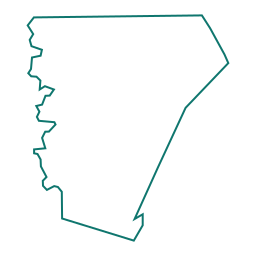 Burnet, Texas, United States of America (Mercator projection)
{"feature_id": "52423323B41129730997096", "entity_name": "Burnet", "entity_type": "district", "adm_level": 2, "iso_a3": "USA", "parent_name": "United States of America", "parent_adm1": "Texas", "projection": "mercator", "projection_center": [-98.33, 30.731], "detail": "fine", "context": "isolated", "style": "outline", "palette": "teal", "viewbox_px": 256, "rotation_deg": 0, "n_neighbors": 0, "source": "geoboundaries", "source_scale": "gbopen_adm2", "svg_char_len": 699}
<svg xmlns="http://www.w3.org/2000/svg" viewBox="0 0 256 256"><path d="M133.8,240.6L142.7,225.3L142.7,214.3L134.6,219.0L157.9,167.5L185.6,107.8L228.3,63.1L224.5,54.5L210.1,28.2L201.9,15.4L33.9,17.4L27.7,25.4L33.2,34.1L29.7,39.9L31.5,46.2L41.9,49.8L40.6,55.7L32.0,57.5L31.0,69.0L28.3,73.2L31.2,76.3L36.5,76.7L40.4,80.6L39.7,89.5L44.9,86.2L53.9,89.5L49.7,95.6L45.5,95.8L42.1,104.6L36.3,106.0L39.4,111.7L36.9,116.9L38.9,120.8L54.4,122.2L55.5,124.5L48.9,131.6L45.2,131.7L42.1,137.9L45.3,148.3L34.1,149.4L34.1,153.3L37.5,154.0L40.6,159.5L40.9,166.4L46.5,177.0L42.8,180.8L43.0,185.8L46.9,189.9L54.2,186.1L57.9,187.0L61.8,191.8L62.1,218.5L133.8,240.6Z" fill="none" stroke="#0f766e" stroke-width="2"/></svg>